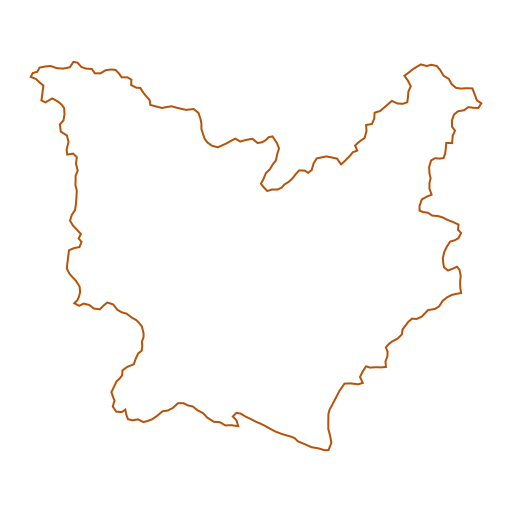 Alfredo Chaves, Espírito Santo, Brazil (orthographic projection)
{"feature_id": "56859067B34972821288679", "entity_name": "Alfredo Chaves", "entity_type": "district", "adm_level": 2, "iso_a3": "BRA", "parent_name": "Brazil", "parent_adm1": "Espírito Santo", "projection": "orthographic", "projection_center": [-40.823, -20.568], "detail": "fine", "context": "isolated", "style": "outline", "palette": "amber", "viewbox_px": 512, "rotation_deg": 0, "n_neighbors": 0, "source": "geoboundaries", "source_scale": "gbopen_adm2", "svg_char_len": 4225}
<svg xmlns="http://www.w3.org/2000/svg" viewBox="0 0 512 512"><path d="M140.3,87.9L136.3,87.7L131.1,85.0L131.4,79.7L127.4,77.3L121.7,77.3L119.0,73.5L115.5,69.9L111.6,69.5L105.9,70.1L100.5,73.3L94.9,73.3L91.8,69.0L86.1,68.6L81.3,66.9L77.4,62.6L73.4,61.9L69.8,67.3L63.2,68.6L56.9,68.2L50.7,66.0L45.2,66.5L39.6,67.6L37.2,71.8L32.7,73.1L30.7,76.9L35.9,78.9L39.9,82.7L43.4,85.6L42.8,90.0L42.2,94.9L41.4,100.4L45.4,102.4L52.2,98.4L57.9,101.5L61.5,104.5L64.1,108.0L64.5,114.2L63.5,120.3L59.9,124.5L60.8,131.6L67.0,135.6L68.5,142.0L66.6,149.5L67.2,154.6L73.1,153.6L76.8,157.1L76.0,163.8L77.7,170.7L75.6,175.8L75.6,180.3L75.4,185.1L76.8,190.7L76.4,197.9L76.0,203.8L75.0,210.1L71.8,214.9L70.0,220.7L73.0,225.6L77.7,230.5L80.9,234.1L78.6,238.3L81.5,242.0L79.4,247.1L74.0,248.1L69.0,250.3L68.0,258.1L66.8,268.5L69.2,273.4L72.1,276.8L75.7,280.5L79.6,286.6L80.1,292.1L79.0,296.5L77.3,300.3L74.3,303.2L79.2,305.8L83.6,303.6L89.2,305.0L94.0,308.6L99.9,309.3L103.5,305.6L107.3,302.5L113.3,304.5L117.1,309.6L121.7,312.3L126.5,313.6L132.1,317.8L136.3,320.1L139.1,322.9L141.9,326.5L143.6,333.4L143.5,337.5L141.9,341.6L142.3,346.0L141.7,350.7L138.2,353.4L135.9,358.3L133.8,364.2L127.3,366.9L122.5,370.3L122.1,375.4L119.5,378.7L116.5,381.4L113.8,387.2L111.4,392.1L112.8,396.3L114.5,400.5L112.8,406.5L116.2,411.6L121.8,412.1L125.3,409.6L126.4,415.0L128.0,419.2L132.4,420.3L138.1,419.4L143.4,422.1L148.2,420.8L151.9,419.4L157.3,415.7L162.5,411.3L167.9,410.5L172.7,408.0L178.1,403.2L183.5,403.2L187.9,405.4L192.9,406.5L197.2,410.1L202.9,413.0L207.4,417.7L213.9,421.8L219.9,422.2L225.3,425.4L231.3,425.2L238.2,426.2L236.4,420.1L232.8,416.5L236.4,412.9L240.7,413.6L245.7,416.7L250.5,418.9L256.1,421.8L260.4,423.6L264.9,425.8L270.5,429.0L275.5,431.6L281.3,433.8L285.6,435.1L291.1,436.7L294.6,438.1L298.0,441.4L304.6,444.1L311.5,447.2L318.3,448.3L324.1,450.1L328.5,450.1L331.4,442.7L330.1,435.8L328.3,428.9L328.3,420.1L328.4,414.1L329.6,409.6L332.9,403.5L339.4,391.0L344.5,383.6L350.6,383.4L358.1,384.3L362.8,382.9L360.0,377.0L362.4,372.0L366.1,366.3L370.0,367.6L376.1,367.2L380.9,367.4L385.9,367.0L385.5,361.4L387.4,356.3L387.6,351.8L385.9,347.4L388.6,344.2L392.2,341.4L397.5,338.7L401.8,334.5L402.6,329.3L405.3,325.9L408.2,321.9L412.0,318.7L416.8,318.9L422.0,316.5L428.0,310.1L435.1,308.9L439.2,306.3L442.6,300.9L447.3,297.2L451.6,295.0L456.1,293.9L461.1,293.0L460.3,288.1L460.1,282.1L460.7,275.8L459.5,269.9L457.0,266.7L453.2,268.5L448.0,270.5L444.0,267.3L443.2,262.5L442.8,258.1L444.3,251.8L446.8,246.7L450.2,241.6L454.9,240.2L458.4,238.2L461.1,233.0L458.0,229.8L458.5,224.6L453.0,222.0L447.7,220.0L442.6,217.4L437.8,216.0L432.2,215.6L427.9,212.7L423.2,212.1L419.6,210.7L419.5,206.0L421.8,199.4L426.7,196.7L431.6,194.7L429.4,188.4L429.5,182.9L430.6,178.3L429.5,173.5L429.1,167.1L431.1,160.4L435.1,158.2L439.6,158.6L443.6,158.0L445.2,153.3L445.9,147.5L446.3,142.9L452.1,143.1L452.7,135.8L455.0,130.6L452.1,126.8L451.9,120.4L454.0,114.6L457.9,111.3L464.1,110.2L468.4,107.1L473.4,107.8L478.4,108.0L481.3,103.3L476.9,100.4L474.8,94.7L472.4,88.4L466.1,88.2L461.1,88.6L455.9,87.8L451.5,84.0L448.8,78.9L443.6,75.8L440.3,70.2L436.8,66.0L431.3,64.8L426.7,66.0L420.9,64.4L415.6,67.5L411.9,69.9L408.6,72.7L404.4,75.8L407.9,80.6L410.8,86.3L408.4,91.5L408.0,96.8L407.3,102.2L402.8,103.8L397.5,103.5L391.9,100.9L388.4,103.9L384.5,107.3L380.1,111.0L374.6,112.7L374.2,118.6L371.9,124.0L366.1,125.0L366.5,131.0L364.6,138.0L361.3,140.2L358.2,142.6L355.1,145.5L357.2,150.6L352.9,152.2L350.0,155.7L345.2,160.6L341.1,164.4L337.0,158.6L326.5,156.4L316.7,158.4L313.6,163.3L311.7,170.0L308.2,172.8L304.7,170.6L299.1,170.4L296.1,173.7L292.6,178.2L288.8,181.8L284.5,184.4L281.8,187.5L277.7,189.5L272.0,189.5L267.2,191.0L263.4,186.9L260.9,183.7L263.6,178.8L265.9,173.1L270.0,169.1L272.6,164.6L275.9,160.4L277.2,154.2L279.0,148.4L277.0,143.2L272.5,136.4L268.8,137.1L265.7,140.1L262.4,142.2L257.6,143.0L252.4,138.8L246.1,139.9L240.2,141.5L235.3,138.6L231.5,140.6L225.9,143.7L217.8,147.3L211.9,145.7L207.6,142.6L204.8,139.1L203.2,134.6L201.4,129.0L201.4,123.5L200.5,118.9L198.4,112.8L193.6,109.0L186.1,109.9L177.8,108.0L171.6,106.3L166.8,107.0L162.0,108.0L155.1,106.2L150.3,104.9L149.7,100.2L145.8,95.8L143.0,92.2L140.3,87.9Z" fill="none" stroke="#b45309" stroke-width="2"/></svg>